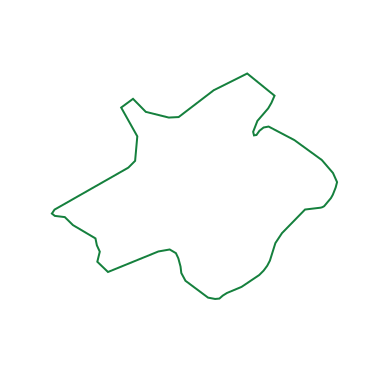 the border of Zasavska, rotated 337°
{"feature_id": "SVN-1006", "entity_name": "Zasavska", "entity_type": "Statistical Region", "adm_level": 1, "iso_a3": "SVN", "parent_name": "Slovenia", "parent_adm1": "", "projection": "albers", "projection_center": [14.936, 46.152], "detail": "fine", "context": "isolated", "style": "outline", "palette": "green", "viewbox_px": 384, "rotation_deg": 337, "n_neighbors": 0, "source": "natural_earth", "source_scale": "10m", "svg_char_len": 886}
<svg xmlns="http://www.w3.org/2000/svg" viewBox="0 0 384 384"><g transform="rotate(337 192 192)"><path d="M175.6,300.8L171.5,299.5L165.5,295.5L151.3,271.2L150.5,262.4L152.3,256.2L153.5,247.8L153.3,242.0L149.0,236.2L137.8,233.6L83.4,232.8L77.6,219.2L83.8,210.9L83.6,203.9L85.0,197.0L69.5,176.0L65.1,165.4L56.4,160.4L54.6,157.1L58.6,154.5L142.9,144.7L151.8,141.1L163.4,119.4L159.8,86.6L174.1,83.2L180.8,100.2L199.7,114.4L209.0,117.8L251.8,106.8L289.1,104.5L305.6,135.6L299.9,141.0L294.8,144.8L280.0,152.1L271.8,160.5L271.2,164.1L273.6,164.7L278.0,162.0L283.1,160.6L288.1,161.7L306.5,184.2L324.0,213.3L329.2,229.6L329.4,239.6L326.0,244.0L320.6,249.5L317.5,251.9L308.1,256.7L306.1,256.9L304.3,256.7L289.2,252.3L258.8,265.0L248.8,271.6L236.9,285.6L232.4,289.3L227.1,292.4L221.4,294.7L200.5,298.7L184.8,298.6L179.8,299.4L175.6,300.8Z" fill="none" stroke="#15803d" stroke-width="2"/></g></svg>